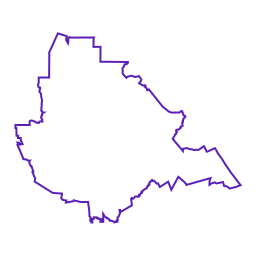 outline of Aldama, Chihuahua, Mexico
{"feature_id": "50627088B67043530022751", "entity_name": "Aldama", "entity_type": "district", "adm_level": 2, "iso_a3": "MEX", "parent_name": "Mexico", "parent_adm1": "Chihuahua", "projection": "robinson", "projection_center": [-105.535, 29.114], "detail": "fine", "context": "isolated", "style": "outline", "palette": "violet", "viewbox_px": 256, "rotation_deg": 0, "n_neighbors": 0, "source": "geoboundaries", "source_scale": "gbopen_adm2", "svg_char_len": 5700}
<svg xmlns="http://www.w3.org/2000/svg" viewBox="0 0 256 256"><path d="M218.0,153.7L216.4,150.4L214.9,148.2L207.6,151.5L206.7,151.7L204.1,146.2L203.9,146.1L202.6,147.2L198.3,150.0L196.9,149.8L195.0,149.8L194.1,150.2L192.4,149.4L190.2,149.2L186.4,148.0L185.5,148.4L183.0,148.8L182.9,151.0L172.7,138.9L175.2,134.6L175.6,134.3L175.4,134.0L176.4,133.1L176.8,132.6L176.9,132.2L176.7,131.8L176.6,131.0L176.5,130.9L176.1,130.9L176.3,130.0L176.7,129.8L178.0,129.5L178.5,129.7L178.8,129.6L179.4,129.0L179.9,128.2L180.2,128.1L180.4,128.2L180.7,127.9L180.6,127.4L180.6,126.7L180.9,126.4L181.6,126.4L182.0,126.0L182.6,125.8L182.4,123.6L182.3,123.3L182.1,123.1L182.1,122.7L182.7,122.4L182.7,122.1L183.0,121.8L182.9,121.1L183.0,120.7L182.8,120.4L183.3,119.7L183.3,119.0L184.0,118.1L185.2,117.1L185.3,116.2L184.9,115.7L183.8,115.6L183.5,115.4L183.0,113.3L182.7,113.2L182.3,111.9L182.0,111.8L181.8,111.5L181.9,111.2L181.4,111.2L181.2,111.1L179.4,112.5L171.5,112.6L169.0,111.7L162.6,106.6L148.9,89.4L147.7,90.3L147.2,90.1L146.7,88.3L145.8,87.8L145.1,87.0L145.4,86.6L145.6,85.9L145.6,85.6L145.3,85.6L144.9,86.1L144.6,86.0L144.4,85.5L144.0,85.8L143.3,85.4L142.4,85.2L141.8,84.9L141.5,84.7L141.2,84.6L140.3,83.8L139.6,83.7L139.2,83.4L139.1,83.1L139.4,82.6L140.9,81.0L141.2,80.3L141.2,79.8L141.3,79.3L139.0,76.1L138.5,76.4L134.8,76.9L134.3,76.8L132.0,75.8L131.5,75.7L127.5,76.7L126.3,77.8L122.8,73.8L122.6,73.0L122.8,71.5L122.5,69.6L122.5,68.6L122.9,67.8L123.6,66.9L123.7,66.3L124.1,66.0L124.4,65.1L124.5,64.4L125.5,64.2L125.9,64.1L126.2,64.0L126.5,64.2L126.9,64.0L127.0,63.8L127.3,63.7L127.8,63.0L127.9,62.7L127.9,62.0L100.4,61.7L100.5,46.9L93.5,46.9L93.6,37.9L93.8,37.5L71.0,37.6L69.4,37.1L68.8,37.9L68.3,39.1L68.4,40.8L68.3,41.5L68.1,42.0L68.2,42.4L68.0,43.2L67.9,43.0L67.7,42.3L67.2,42.0L67.1,41.8L66.9,40.6L66.7,40.4L66.3,40.1L66.1,40.0L66.2,39.1L66.5,38.2L66.9,36.7L66.9,36.2L57.9,33.4L49.2,52.5L49.3,54.7L49.1,77.5L38.7,77.5L38.7,83.0L37.9,84.8L38.7,87.4L39.9,87.4L40.3,88.1L39.3,91.7L40.9,93.5L41.4,97.6L42.1,100.3L41.7,102.9L41.7,105.1L41.5,107.5L41.6,108.1L41.4,108.5L41.3,110.6L41.5,110.7L41.4,110.9L41.6,111.2L42.2,111.6L42.2,111.8L42.6,112.1L43.4,112.6L43.7,112.6L43.4,112.8L43.1,112.8L42.3,113.6L42.1,114.8L41.9,114.8L42.0,115.6L41.6,116.2L41.2,116.4L41.1,116.6L41.3,117.4L41.3,118.4L41.8,118.8L41.9,119.3L42.0,119.4L42.3,119.8L42.0,120.6L42.2,120.9L42.1,121.1L42.2,121.5L41.9,121.4L41.0,121.5L40.2,121.4L39.4,121.8L39.2,122.0L39.2,122.4L38.9,122.9L38.2,122.8L37.6,123.0L36.9,122.6L36.5,122.7L35.7,122.0L34.7,121.6L34.3,121.6L33.2,120.8L30.9,120.5L30.0,120.9L29.7,121.4L29.6,123.7L29.7,125.0L15.4,125.0L15.4,128.1L16.4,128.2L16.5,135.7L18.1,135.7L18.0,138.0L20.7,138.0L20.7,140.5L21.0,140.5L22.6,144.2L22.2,144.3L21.8,144.3L20.0,143.7L19.4,143.4L19.2,143.0L18.7,142.8L17.6,142.6L18.0,143.3L19.0,144.4L19.2,144.7L17.5,144.8L18.5,147.4L19.1,148.5L23.4,158.9L23.4,159.1L23.6,159.1L23.8,159.0L24.6,159.3L26.5,159.6L27.7,160.4L28.3,160.6L29.7,160.6L29.5,160.8L29.2,161.8L29.6,162.3L29.6,163.3L29.5,163.7L30.0,164.7L30.5,165.3L31.2,166.5L31.5,166.3L33.4,171.6L32.4,172.2L32.9,172.8L33.9,175.8L35.2,178.3L34.7,181.6L52.7,192.9L57.7,193.3L61.9,193.5L62.0,194.2L61.2,198.1L61.4,198.2L62.7,199.9L63.3,199.8L66.0,200.7L66.3,200.6L65.9,202.6L73.4,201.2L73.7,200.3L80.5,202.0L88.1,202.0L88.4,204.0L88.4,204.6L89.3,211.2L89.5,216.3L90.3,217.0L90.7,217.8L90.6,218.5L90.3,219.2L90.3,220.6L90.9,220.6L90.9,221.4L91.6,221.4L91.6,222.5L92.0,222.6L92.3,222.6L92.3,218.8L93.8,218.8L93.8,217.3L96.7,217.3L96.8,218.2L98.2,218.2L98.2,218.8L100.4,218.8L100.4,220.6L101.2,220.6L101.2,219.4L101.8,219.3L101.8,220.0L102.6,220.0L102.6,220.6L101.8,220.6L101.8,221.2L100.4,221.2L100.4,221.9L103.3,221.8L103.2,213.8L103.7,214.5L103.8,215.2L104.3,215.7L104.4,216.0L104.6,216.3L106.4,217.9L106.5,218.0L106.8,217.6L107.1,217.7L108.7,219.2L109.1,219.3L109.5,220.5L110.1,220.5L110.3,220.8L110.5,220.9L111.2,221.4L111.0,221.0L111.1,220.8L111.5,220.6L112.5,221.2L113.1,221.3L113.8,221.7L114.2,222.3L114.4,222.3L114.6,222.0L115.0,222.0L115.3,222.2L115.6,222.1L115.7,221.9L116.6,221.8L116.5,221.7L116.1,221.6L116.2,221.0L116.6,221.0L117.0,220.3L117.8,220.4L117.9,220.0L117.6,219.7L117.4,219.1L117.4,218.5L117.6,217.5L117.7,217.2L118.3,216.9L118.7,216.6L118.9,215.4L119.8,214.0L120.0,212.9L119.7,212.1L119.8,211.0L119.5,210.3L119.5,210.0L120.1,210.0L120.4,212.1L131.9,205.3L131.1,198.8L131.3,198.7L131.4,198.8L131.5,198.6L131.6,198.8L131.7,198.6L132.2,198.7L132.4,198.5L132.8,198.7L133.0,198.2L133.5,198.3L134.0,198.0L134.8,197.0L135.3,196.5L136.7,196.3L136.9,196.4L137.1,196.7L137.8,196.8L138.3,196.6L138.8,196.6L139.3,196.3L139.5,196.0L139.3,195.9L139.3,195.4L139.0,195.3L139.0,195.0L139.3,195.0L140.3,194.0L141.4,193.4L141.2,193.2L141.3,193.1L141.2,192.9L141.5,192.5L141.7,191.6L142.3,191.8L142.7,190.8L142.8,190.7L142.9,190.8L143.1,190.5L143.8,190.0L143.9,189.7L144.6,189.3L145.2,189.2L146.1,188.3L146.6,188.0L146.8,187.7L147.0,187.8L147.1,187.5L147.2,186.9L147.4,186.7L147.4,186.1L147.9,185.8L148.2,185.8L148.4,185.1L148.7,185.3L149.0,185.2L149.2,184.4L149.4,184.4L149.3,183.4L149.5,183.1L149.4,182.8L149.8,182.5L149.7,182.2L150.3,181.7L150.4,181.4L151.3,181.1L152.1,179.9L152.3,180.1L152.3,180.3L152.6,181.0L154.1,180.8L154.7,181.4L155.0,181.6L155.4,182.2L155.5,182.5L156.9,183.7L158.0,183.3L159.8,187.0L168.2,181.7L171.3,189.8L178.3,176.8L184.6,182.2L184.8,182.6L185.4,183.1L186.2,184.2L186.4,184.9L210.5,178.1L209.5,181.4L209.5,184.9L210.0,184.6L210.3,184.0L210.5,183.9L213.2,182.9L213.6,182.8L214.6,182.4L214.7,182.6L216.8,183.4L223.0,182.1L224.2,186.1L226.3,186.2L227.7,186.9L229.6,188.5L235.5,187.1L240.6,185.2L231.1,172.8L225.2,164.2L221.9,158.8L221.0,157.7L219.1,154.9L218.0,153.7Z" fill="none" stroke="#5b21b6" stroke-width="2"/></svg>